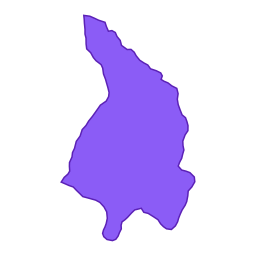 outline of Ipiguá, São Paulo, Brazil
{"feature_id": "56859067B47156636815188", "entity_name": "Ipiguá", "entity_type": "district", "adm_level": 2, "iso_a3": "BRA", "parent_name": "Brazil", "parent_adm1": "São Paulo", "projection": "orthographic", "projection_center": [-49.406, -20.638], "detail": "fine", "context": "isolated", "style": "filled", "palette": "violet", "viewbox_px": 256, "rotation_deg": 0, "n_neighbors": 0, "source": "geoboundaries", "source_scale": "gbopen_adm2", "svg_char_len": 1675}
<svg xmlns="http://www.w3.org/2000/svg" viewBox="0 0 256 256"><path d="M176.8,88.4L171.7,85.8L168.0,82.9L163.9,81.2L161.1,79.4L162.3,75.9L160.7,72.9L156.2,70.7L150.5,68.8L147.8,65.0L144.0,63.0L139.7,60.2L136.1,55.7L134.2,52.2L131.0,49.4L127.1,49.5L121.5,45.4L120.2,40.4L117.0,36.5L115.3,32.5L111.9,30.6L108.4,31.2L106.4,26.6L105.0,22.3L98.6,20.2L94.4,18.2L89.8,16.2L83.8,15.4L84.2,19.3L84.4,23.2L85.0,29.3L85.0,34.1L86.0,38.0L86.1,44.0L86.7,48.9L90.7,52.7L93.4,57.6L96.0,60.7L101.1,64.6L102.7,68.1L103.5,74.0L105.5,79.2L106.6,83.1L107.9,87.6L109.1,92.6L108.6,96.7L106.2,101.1L100.4,105.1L96.9,110.1L92.5,116.3L88.7,121.0L86.0,125.5L82.2,129.6L80.1,136.1L76.3,141.3L74.5,148.4L72.5,152.6L72.0,157.0L69.5,162.5L69.4,166.2L69.7,171.1L68.0,174.0L64.2,177.4L61.2,182.1L65.6,184.0L69.0,185.5L73.3,187.0L76.3,190.2L79.4,193.2L82.8,196.6L88.1,198.0L92.0,199.1L95.6,200.1L99.9,202.4L104.0,206.9L106.7,211.9L107.3,218.3L106.2,223.6L105.0,226.9L103.5,230.0L102.6,233.4L103.8,236.7L107.0,239.5L112.5,240.6L115.8,239.3L118.1,236.1L119.5,232.5L121.3,228.9L121.1,225.3L122.0,221.9L125.0,219.7L127.5,217.4L131.5,213.0L134.7,209.9L141.3,208.3L143.8,212.3L148.2,213.4L153.3,216.6L158.0,219.7L160.6,223.8L163.5,226.7L166.5,228.8L171.4,229.5L175.4,225.9L177.6,221.8L178.7,218.0L180.1,214.4L182.1,210.0L185.1,205.3L186.7,201.6L187.8,195.8L188.2,191.0L191.8,187.0L194.8,181.8L194.3,177.0L189.9,172.6L186.1,171.2L181.6,170.0L178.2,166.1L179.6,162.3L181.7,158.3L182.7,154.1L183.9,150.0L183.0,145.6L182.8,141.1L185.1,134.9L187.9,130.7L188.0,125.6L186.9,121.5L185.5,117.7L182.1,114.9L180.0,109.6L178.2,104.6L177.3,99.2L178.1,93.7L176.8,88.4Z" fill="#8b5cf6" stroke="#5b21b6" stroke-width="1.5"/></svg>